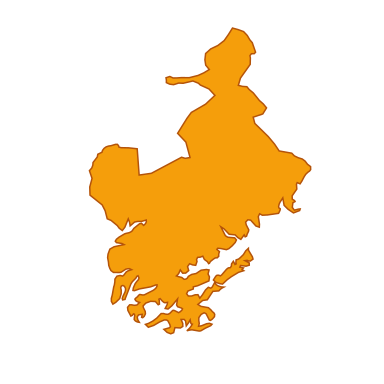 an SVG outline of South Chungcheong, rotated 243°
{"feature_id": "KOR-2502", "entity_name": "South Chungcheong", "entity_type": "Province", "adm_level": 1, "iso_a3": "KOR", "parent_name": "South Korea", "parent_adm1": "", "projection": "equal_earth", "projection_center": [126.614, 36.518], "detail": "fine", "context": "isolated", "style": "filled", "palette": "amber", "viewbox_px": 384, "rotation_deg": 243, "n_neighbors": 0, "source": "natural_earth", "source_scale": "10m", "svg_char_len": 5976}
<svg xmlns="http://www.w3.org/2000/svg" viewBox="0 0 384 384"><g transform="rotate(243 192 192)"><path d="M181.3,298.5L177.7,299.6L174.3,302.2L171.4,305.2L168.2,306.8L164.3,307.5L160.8,309.2L158.1,307.9L157.3,306.3L157.0,304.2L156.1,301.3L154.7,298.9L151.8,294.8L150.2,292.0L152.6,290.0L151.5,288.6L147.0,286.7L143.1,279.5L140.1,278.1L137.8,279.5L136.7,279.5L136.6,277.0L132.8,274.4L129.4,274.9L128.4,279.2L127.8,280.7L126.6,279.5L127.3,272.9L133.1,269.7L138.3,268.0L145.5,270.2L142.9,265.7L141.5,264.0L139.6,262.5L138.4,262.2L137.1,263.0L136.1,262.5L134.8,261.0L133.7,259.4L137.3,248.8L139.4,244.1L141.9,242.4L140.0,239.9L132.7,237.5L130.1,236.0L132.7,233.5L140.3,231.5L141.9,229.1L140.8,226.1L138.1,225.4L132.5,225.4L131.3,224.5L129.3,221.9L127.9,220.6L127.9,219.0L130.1,219.0L127.6,214.0L130.7,212.1L134.2,211.0L137.5,205.9L144.6,203.8L147.9,201.9L137.9,201.9L135.5,203.3L131.8,209.2L129.1,209.8L127.4,207.6L125.8,203.4L124.8,199.1L125.0,196.5L128.5,192.1L130.2,189.4L129.6,188.1L126.4,189.4L124.9,187.9L123.5,187.0L122.7,186.8L121.9,184.7L122.7,182.8L122.5,180.7L121.7,176.8L120.6,175.2L120.6,174.3L122.9,174.1L126.3,172.4L129.9,172.5L130.2,169.8L131.2,167.3L129.8,165.4L127.8,164.9L125.0,162.0L126.8,159.4L129.2,157.3L127.6,154.2L123.5,153.4L122.6,149.6L123.9,146.8L127.9,146.2L125.6,143.4L124.9,142.0L124.3,140.0L122.9,141.3L120.5,144.1L117.8,145.3L117.2,146.9L117.3,148.5L118.5,150.5L118.7,154.3L117.5,158.7L118.2,164.6L116.4,169.7L114.8,171.8L111.7,169.1L108.4,169.0L105.1,166.7L105.9,154.5L106.9,150.1L105.0,149.1L105.6,143.4L103.8,141.0L101.0,141.5L99.5,144.5L99.0,148.1L97.8,150.7L93.9,150.8L95.5,154.3L98.6,159.6L99.7,163.3L97.8,165.0L98.1,166.8L101.0,171.0L98.3,171.5L96.1,172.9L94.3,174.8L92.8,177.2L92.8,175.5L92.6,173.8L92.2,172.3L91.7,171.0L94.0,165.5L89.0,156.7L90.5,152.3L89.2,146.2L86.1,148.0L81.5,154.1L78.2,155.4L76.2,155.8L74.5,156.6L72.7,156.7L70.7,155.4L69.5,152.3L69.2,150.2L70.0,149.3L77.1,149.3L78.9,148.0L78.8,144.6L77.0,141.1L74.4,139.7L71.6,138.8L69.4,136.9L68.5,139.6L68.0,145.2L67.1,147.9L65.1,149.8L64.4,148.0L64.6,142.3L64.3,136.8L64.8,135.3L69.2,129.4L70.0,127.3L70.7,124.4L71.3,126.6L72.0,128.6L72.9,130.4L74.1,132.3L75.0,131.4L76.1,131.5L78.9,132.3L77.1,129.6L75.3,126.1L80.1,127.7L82.1,127.1L83.4,124.4L79.1,124.1L76.4,122.8L76.1,120.0L78.9,115.2L75.0,111.8L75.3,108.7L78.2,106.1L82.4,104.6L81.3,110.1L81.7,111.6L84.1,112.1L88.3,112.0L89.5,111.2L90.6,109.2L90.9,104.1L90.5,97.3L91.3,91.7L95.2,90.4L94.7,93.5L94.8,98.4L95.6,103.3L97.7,109.3L96.7,111.4L95.0,113.2L93.9,115.2L94.0,117.3L95.1,120.6L95.2,121.5L94.3,122.6L90.6,125.3L90.7,127.2L91.3,129.3L92.2,130.5L93.4,129.9L96.3,127.1L98.4,127.0L103.3,130.6L99.8,122.5L98.6,117.5L100.4,115.2L103.1,118.9L104.8,120.1L105.6,117.6L106.3,116.9L108.1,116.1L111.5,115.2L111.5,113.8L110.2,113.6L106.9,112.1L106.9,110.7L111.0,109.7L113.4,105.5L114.0,100.5L112.7,96.7L111.2,96.2L106.8,96.1L104.6,95.2L102.9,93.0L102.4,91.0L103.2,90.2L105.6,92.1L106.8,88.6L105.6,86.5L102.9,85.7L99.8,85.9L101.1,84.2L102.8,83.0L104.6,82.6L106.3,83.6L107.9,84.9L109.3,85.2L110.0,84.5L109.2,82.9L109.2,81.2L115.5,81.1L118.5,82.2L119.8,85.2L118.9,87.0L117.3,89.0L116.3,91.5L117.4,95.2L118.9,93.6L120.8,92.5L122.5,92.5L123.2,94.4L123.4,96.0L124.2,97.4L124.4,99.0L122.5,101.5L122.0,102.9L122.0,113.0L122.6,115.9L123.8,117.9L125.1,118.7L125.6,117.6L126.3,112.0L129.5,101.2L130.2,95.9L131.1,94.7L133.2,96.2L136.1,99.7L137.3,102.1L138.2,104.4L139.5,105.8L141.9,105.9L141.9,104.6L140.7,102.8L139.2,98.2L137.9,95.9L127.5,84.3L126.7,83.6L127.3,81.2L128.8,81.5L130.5,83.2L133.2,86.8L134.7,88.2L136.4,89.0L138.6,89.0L140.1,88.0L140.3,86.5L139.1,85.0L136.7,84.4L133.5,82.7L129.9,79.2L128.3,74.0L128.0,70.6L131.1,70.5L133.8,71.8L136.3,74.1L142.9,79.1L144.3,80.5L146.9,82.4L149.4,83.8L151.1,86.9L150.3,90.0L148.6,92.0L148.9,93.6L150.6,97.1L150.8,99.2L150.2,102.9L152.1,101.5L152.8,99.8L153.3,98.0L152.7,92.4L153.3,90.6L156.0,85.5L158.8,84.1L161.5,84.1L164.4,84.5L167.7,85.8L171.8,87.0L174.8,89.0L178.4,92.9L178.6,97.7L176.0,107.5L178.0,106.1L181.2,101.7L183.0,101.3L184.2,103.2L184.9,106.5L185.3,113.0L185.1,114.3L184.3,117.4L184.2,119.2L184.5,121.0L186.0,123.7L187.5,130.8L187.0,132.8L184.2,133.7L184.7,135.6L185.4,136.9L186.3,137.8L187.8,138.5L188.8,133.4L190.4,130.4L191.3,127.2L189.9,121.5L193.3,122.6L197.0,123.0L191.1,116.2L189.3,112.4L192.8,110.7L196.0,110.2L203.4,107.0L206.6,104.3L214.7,106.1L221.3,106.1L235.5,99.7L242.9,103.2L249.5,109.1L257.6,110.3L258.9,113.6L260.9,115.8L263.2,117.2L266.2,123.5L268.4,125.2L268.3,129.8L269.7,131.2L270.8,133.5L271.2,136.0L270.8,138.6L270.0,140.9L269.2,145.4L268.4,147.1L266.8,147.6L265.2,147.3L263.7,148.9L260.1,155.6L255.4,162.8L231.1,152.6L227.1,164.3L227.7,198.5L225.1,201.2L223.6,205.9L239.2,209.2L250.8,205.8L260.0,221.1L263.2,227.5L264.1,244.0L267.7,256.3L276.1,253.9L283.5,248.0L286.0,247.1L290.5,243.2L292.9,233.5L295.1,229.6L296.0,224.3L298.2,221.1L301.1,218.8L303.4,220.0L305.6,220.7L305.0,224.7L302.2,226.9L300.5,230.3L298.9,234.1L295.1,241.5L293.1,250.3L292.8,256.6L293.3,263.0L298.8,261.8L303.9,263.5L309.2,267.0L311.0,273.7L310.8,281.6L312.3,289.4L315.8,296.0L319.7,302.5L315.7,306.9L311.5,310.8L306.4,312.3L301.4,312.6L297.7,313.5L287.7,312.1L287.0,310.3L288.2,307.7L287.2,305.5L285.0,304.9L279.3,301.8L271.5,286.9L266.0,281.7L263.2,284.9L260.9,288.7L257.3,289.5L252.4,291.6L242.9,293.6L238.1,295.5L233.1,296.6L229.4,290.5L230.9,280.5L224.6,279.1L206.8,285.1L197.2,287.3L189.0,288.3L181.3,298.5ZM111.6,205.2L112.9,209.4L115.2,213.2L116.2,216.7L114.5,215.9L106.9,216.4L104.5,215.9L104.0,212.5L104.8,211.3L106.1,210.1L106.8,208.0L102.8,210.8L100.8,209.8L101.4,206.4L104.5,201.9L103.3,200.5L101.0,203.4L100.2,201.4L98.4,202.4L99.3,197.0L98.7,188.7L97.9,183.7L96.1,177.4L97.6,175.3L100.6,172.3L103.9,171.1L106.2,175.0L106.5,176.4L105.7,178.1L104.4,179.2L104.6,180.7L107.5,187.7L107.9,189.9L107.2,191.7L108.0,193.3L110.0,194.6L111.5,197.4L107.9,197.4L107.9,198.8L109.1,199.0L111.5,200.5L111.1,203.0L111.6,205.2Z" fill="#f59e0b" stroke="#b45309" stroke-width="1.5"/></g></svg>